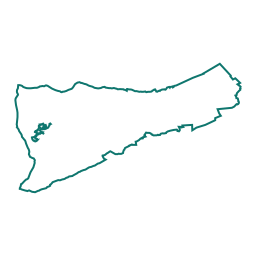 outline of Ciceu, Harghita, Romania
{"feature_id": "2599482B51103948485004", "entity_name": "Ciceu", "entity_type": "district", "adm_level": 2, "iso_a3": "ROU", "parent_name": "Romania", "parent_adm1": "Harghita", "projection": "robinson", "projection_center": [25.684, 46.388], "detail": "fine", "context": "isolated", "style": "outline", "palette": "teal", "viewbox_px": 256, "rotation_deg": 0, "n_neighbors": 0, "source": "geoboundaries", "source_scale": "gbopen_adm2", "svg_char_len": 5614}
<svg xmlns="http://www.w3.org/2000/svg" viewBox="0 0 256 256"><path d="M236.5,104.2L236.9,104.1L237.4,104.4L238.2,104.0L238.8,103.1L238.9,102.4L238.7,101.6L238.3,101.4L238.3,100.6L237.8,98.5L236.9,98.1L236.4,98.1L236.2,96.9L235.5,95.6L236.2,95.5L236.7,94.9L236.5,94.5L237.0,93.1L239.0,90.9L240.2,89.9L240.1,89.6L240.5,88.8L240.1,88.5L240.6,86.7L239.2,85.4L239.0,85.5L237.5,84.3L240.1,82.9L235.3,78.3L232.9,79.5L230.5,76.5L230.7,76.3L230.8,75.7L219.8,63.8L203.3,73.5L203.5,73.8L192.9,77.8L176.2,85.5L174.2,85.9L173.6,87.0L173.0,87.3L172.9,86.6L172.7,86.4L170.7,87.0L170.1,86.9L169.8,87.6L169.4,87.1L168.8,87.0L167.0,87.6L166.5,88.5L165.6,89.6L165.3,89.7L164.4,89.3L164.0,89.5L163.2,89.4L161.6,89.7L160.2,90.5L159.9,90.9L159.4,90.6L157.2,91.7L156.9,91.4L156.3,91.5L155.2,89.4L154.4,89.5L154.0,89.7L153.9,90.0L152.4,90.6L152.0,91.2L151.3,91.6L149.8,91.8L147.9,91.8L146.8,92.1L146.1,92.1L145.4,91.5L143.1,91.8L141.4,91.8L141.0,91.6L139.3,91.8L136.5,91.1L135.1,91.2L132.1,89.8L131.0,89.5L128.8,89.4L127.4,89.0L127.1,89.0L126.8,90.8L125.0,89.8L124.1,89.8L123.5,89.3L119.9,89.1L117.8,89.3L116.6,88.7L116.3,88.7L113.9,88.0L111.8,88.4L110.4,88.1L108.8,88.1L105.7,87.6L105.3,87.2L104.5,87.1L104.4,86.9L102.5,87.2L100.9,88.0L98.3,88.4L97.3,88.3L94.5,87.8L92.5,86.7L89.2,85.8L87.3,84.9L86.8,84.5L85.1,84.0L84.7,84.0L81.7,82.9L81.1,83.0L79.6,82.2L77.5,82.6L75.1,84.1L73.0,87.4L71.7,88.8L68.4,89.9L66.2,91.0L63.8,91.7L62.8,91.7L61.8,92.2L60.9,92.0L60.5,91.6L59.9,91.3L57.9,90.9L55.4,90.1L52.0,88.6L47.6,85.8L46.2,85.4L45.5,85.5L44.4,86.2L43.5,86.2L42.7,86.0L39.6,86.5L38.9,87.1L36.9,87.8L34.8,87.8L30.6,88.3L26.9,88.2L25.5,87.8L23.3,87.0L22.1,85.9L20.8,85.4L19.4,85.1L18.2,85.1L17.9,88.3L17.0,90.1L16.9,91.7L17.1,92.7L17.7,93.7L18.0,94.8L15.9,98.0L15.5,99.0L15.4,100.4L16.0,105.0L17.1,110.0L17.5,112.7L17.5,117.1L16.8,124.0L16.7,124.2L17.2,126.8L16.9,127.2L18.6,129.4L19.1,131.0L21.2,134.1L21.7,135.1L22.0,136.9L23.4,138.5L24.1,139.5L24.6,139.9L25.4,141.2L26.0,143.4L27.5,147.1L28.0,148.2L28.6,149.1L29.1,150.6L29.3,151.9L28.9,154.1L29.0,154.7L29.5,155.3L29.9,156.7L32.3,158.0L33.7,158.4L34.8,160.1L34.8,160.5L34.5,161.5L34.7,162.9L33.4,167.3L30.5,172.3L28.2,178.4L27.1,179.2L26.0,179.6L24.5,181.0L21.8,183.9L21.1,184.1L20.6,186.5L19.8,188.1L19.8,188.9L20.5,188.9L21.8,189.5L25.5,190.6L26.6,190.8L27.3,191.1L29.1,190.4L32.1,191.8L35.1,192.2L37.9,190.9L39.2,190.6L40.2,189.9L41.7,189.3L46.1,188.2L46.5,187.9L47.1,187.1L49.3,186.3L50.1,185.8L50.1,184.9L50.3,184.9L52.3,182.7L52.6,182.2L58.2,180.1L60.0,180.3L62.4,179.4L63.6,179.2L64.8,178.8L66.3,177.8L67.8,177.4L68.8,176.6L69.5,176.4L72.4,176.0L73.2,175.4L76.9,173.4L77.9,172.6L78.9,172.0L80.1,171.7L80.9,171.1L83.5,170.1L85.5,169.6L88.8,167.5L90.0,167.1L91.2,166.9L93.5,165.9L94.8,165.6L97.8,163.6L99.5,163.2L105.7,159.6L105.2,159.3L104.6,159.5L103.2,157.4L103.1,157.0L102.5,155.9L102.6,155.5L104.0,155.3L105.2,154.8L106.8,153.4L107.5,153.1L109.8,151.5L110.4,151.3L115.3,154.1L117.7,154.1L118.6,153.7L119.5,153.9L121.1,153.9L123.0,153.1L123.3,151.5L123.8,150.1L124.4,149.7L124.9,148.2L125.4,147.8L129.3,145.9L129.2,145.6L129.4,145.5L131.4,144.7L131.4,144.9L132.2,144.9L136.2,144.9L135.7,141.7L136.4,141.6L139.0,140.1L140.5,138.6L142.8,138.4L143.2,137.5L142.7,137.4L143.2,137.1L144.2,137.0L145.5,136.6L145.0,136.1L145.0,135.5L144.4,135.1L146.1,132.6L147.5,132.9L149.4,132.9L150.7,133.4L151.3,134.1L152.3,134.5L152.3,134.9L153.6,135.4L156.5,135.3L157.1,135.2L157.7,134.8L158.3,134.9L158.5,135.1L159.5,135.0L160.1,134.9L160.3,134.3L160.9,133.7L162.8,133.3L163.8,133.5L166.0,133.1L166.2,132.5L167.6,131.5L170.2,130.7L173.9,129.9L176.7,129.6L177.0,129.7L177.5,130.5L177.5,131.0L179.0,131.3L179.7,130.4L179.8,129.9L179.6,128.5L178.8,126.8L181.3,126.9L181.5,127.4L183.2,127.0L182.6,126.3L182.4,125.5L192.1,124.9L192.3,130.3L196.5,127.6L205.3,124.9L214.2,120.7L215.2,120.2L215.2,118.1L220.8,115.8L220.3,115.1L219.1,113.2L217.6,109.2L231.9,107.8L234.2,106.6L236.5,104.2ZM48.1,127.7L45.0,129.1L44.3,129.1L44.2,128.8L43.9,128.9L44.0,128.7L44.3,128.6L44.3,127.9L43.3,127.7L43.3,128.4L43.6,128.6L43.3,128.6L43.3,128.8L43.2,127.7L42.9,127.7L43.0,128.4L42.8,128.5L41.8,129.0L41.1,128.6L40.7,129.1L39.9,130.6L40.3,130.8L40.9,131.3L41.1,132.1L41.6,131.8L42.0,132.1L42.6,132.2L42.0,132.8L43.2,133.3L44.2,133.9L42.0,132.9L41.9,133.0L41.7,132.9L41.8,132.8L41.0,132.3L40.8,132.5L41.2,132.7L40.4,133.6L40.1,133.4L39.6,133.4L39.4,133.6L39.2,133.2L37.6,133.5L37.7,133.9L37.3,133.8L37.4,134.3L37.7,134.4L37.6,134.7L36.7,134.6L36.4,136.1L35.1,137.6L35.2,138.2L35.5,138.6L36.9,138.9L36.9,140.0L37.6,139.9L36.9,140.7L35.6,141.4L35.0,141.4L34.8,141.2L34.6,140.7L33.9,140.5L33.5,140.7L32.4,139.4L32.2,138.1L31.9,137.8L31.9,137.4L34.7,136.9L35.5,135.6L36.5,135.5L36.6,133.8L37.0,132.9L35.8,132.2L34.9,132.0L34.9,131.8L35.3,131.3L35.9,131.6L36.1,131.3L36.5,131.4L36.7,131.2L36.5,130.7L36.8,130.6L36.7,130.5L37.1,130.2L37.4,130.1L37.6,130.3L37.7,130.2L38.0,129.4L38.8,128.4L39.0,127.7L39.3,127.5L38.9,127.4L39.0,126.8L39.4,126.7L39.5,125.9L39.1,126.1L38.8,125.9L39.0,125.4L39.6,125.1L39.6,124.8L39.6,125.1L40.3,124.4L40.8,124.6L40.7,124.9L41.7,124.6L41.8,124.5L41.4,124.3L42.2,124.2L42.3,124.0L42.5,124.0L43.0,123.7L43.1,123.9L43.3,123.9L43.4,124.1L43.4,124.4L43.9,124.6L44.3,125.5L46.6,124.6L45.4,125.1L45.5,125.3L45.1,125.4L45.1,125.7L44.2,125.7L44.1,125.9L43.8,125.7L43.6,125.9L44.0,126.4L45.1,126.7L45.2,127.1L46.1,127.0L46.1,127.8L44.9,127.7L44.8,127.9L45.2,128.0L45.1,128.5L45.4,128.9L48.1,127.7L48.4,127.4L48.6,126.4L49.4,125.6L49.5,125.0L50.2,124.2L49.7,123.9L50.2,123.5L50.7,124.0L50.2,124.2L49.6,125.0L49.4,125.6L48.6,126.4L48.4,127.4L48.1,127.7Z" fill="none" stroke="#0f766e" stroke-width="2"/></svg>